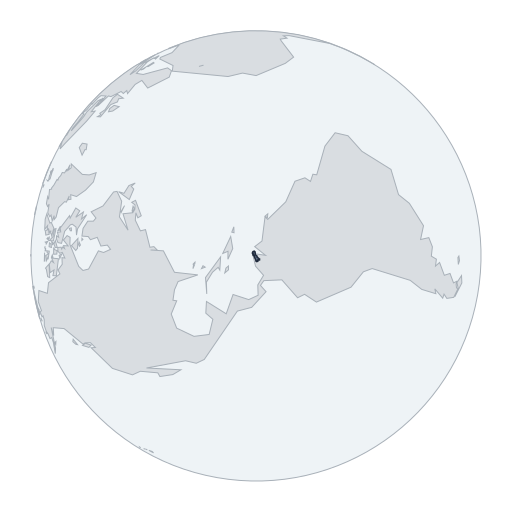 La Guajira on an orthographic globe, rotated 280°
{"feature_id": "COL-1318", "entity_name": "La Guajira", "entity_type": "Department", "adm_level": 1, "iso_a3": "COL", "parent_name": "Colombia", "parent_adm1": "", "projection": "orthographic", "projection_center": [-72.284, 11.434], "detail": "fine", "context": "on_globe", "style": "filled", "palette": "slate", "viewbox_px": 512, "rotation_deg": 280, "n_neighbors": 0, "source": "natural_earth", "source_scale": "10m", "svg_char_len": 9942}
<svg xmlns="http://www.w3.org/2000/svg" viewBox="0 0 512 512"><g transform="rotate(280 256 256)"><circle cx="256" cy="256" r="225" fill="#eef3f6" stroke="#a8b0b8"/><path d="M233.1,268.0L227.8,265.5L222.6,272.1L204.7,260.7L198.5,247.2L145.1,223.0L140.0,215.8L140.6,204.8L126.7,167.6L130.9,201.8L124.8,194.7L120.6,182.3L123.9,179.6L122.4,162.1L117.5,155.0L120.4,134.1L137.0,109.6L138.0,113.7L141.9,108.0L140.8,102.8L139.2,100.9L151.2,79.6L150.2,68.8L142.5,70.6L150.0,66.7L130.3,74.6L125.0,75.3L135.6,71.5L140.2,69.0L138.9,67.5L143.3,64.7L145.3,62.6L150.7,59.6L156.5,58.5L160.1,56.7L158.9,55.9L163.7,52.9L164.8,54.3L173.2,49.5L184.3,48.2L183.0,57.0L193.7,56.3L204.3,66.0L207.9,63.5L214.2,66.6L220.7,65.2L220.8,68.1L225.9,64.6L224.6,62.3L226.3,60.1L230.0,59.3L230.8,62.5L229.1,63.5L231.3,64.0L230.1,66.2L232.8,64.6L233.3,69.2L238.3,63.6L243.3,66.4L242.1,69.7L235.1,70.7L215.0,83.2L211.7,88.1L214.1,93.4L233.7,99.9L233.0,105.3L237.3,111.6L240.9,107.7L238.9,101.5L246.8,96.4L243.3,90.1L246.0,87.4L245.4,81.1L253.2,80.9L261.1,84.3L262.1,89.8L265.6,91.8L270.9,86.0L278.7,96.6L294.3,104.6L295.5,107.9L286.6,114.2L270.8,114.7L259.2,125.5L274.5,117.7L277.2,127.1L280.9,128.6L285.3,128.0L287.3,124.3L289.9,127.7L275.7,136.0L273.1,133.0L277.7,130.2L270.3,130.9L260.7,137.8L262.8,142.6L246.2,150.0L247.5,153.8L244.6,157.9L243.6,151.1L245.0,163.9L225.8,178.5L227.3,202.0L217.3,183.7L208.6,181.6L198.0,181.9L198.1,185.7L184.1,182.6L171.2,190.4L166.1,208.9L170.6,223.5L186.2,224.5L191.0,216.5L202.6,215.1L193.9,236.7L214.1,240.1L211.8,256.4L217.7,264.9L227.8,262.8L238.3,266.8L245.9,257.3L258.0,252.1L258.3,265.3L265.0,253.1L271.8,259.3L296.0,258.1L294.1,261.2L314.5,275.9L336.4,281.4L341.5,290.6L338.9,296.7L346.4,297.8L346.5,301.7L376.2,304.8L391.1,312.5L390.4,325.7L377.5,342.1L364.7,373.9L341.2,385.7L334.5,397.9L314.9,415.7L300.8,415.2L304.1,423.0L295.7,428.1L286.3,428.7L284.2,434.2L277.2,434.5L281.5,437.9L269.7,444.8L272.5,450.1L263.8,455.2L265.9,458.0L262.8,458.0L259.4,459.0L259.0,460.6L249.6,457.9L247.4,451.3L251.1,447.8L246.9,447.2L254.7,437.8L250.1,439.7L251.9,425.0L258.8,412.1L263.8,372.6L259.1,364.5L241.8,355.0L221.1,323.5L226.7,310.5L222.1,304.2L237.0,285.6L233.1,268.0ZM44.3,189.3L46.0,184.2L45.5,187.7L44.3,189.3ZM46.7,180.9L46.2,182.7L46.6,181.2L46.7,180.9ZM46.8,179.7L46.7,180.6L46.6,180.1L46.8,179.7ZM46.7,178.8L46.8,179.1L46.7,179.2L46.7,178.8ZM226.0,210.0L249.0,221.3L235.8,222.8L238.3,220.7L232.5,216.0L221.6,211.7L210.1,214.1L226.0,210.0ZM47.2,175.7L47.4,174.8L47.7,174.6L47.2,175.7ZM236.6,197.0L232.6,196.1L236.5,196.0L236.6,197.0ZM137.8,100.7L140.4,103.1L139.6,109.1L137.0,107.3L137.8,100.7ZM139.8,90.5L142.3,90.4L137.7,95.7L137.7,94.1L139.8,90.5ZM135.9,73.0L137.1,73.8L134.4,74.1L135.9,73.0ZM144.6,62.9L142.8,63.7L144.5,62.4L144.6,62.9ZM241.1,81.8L243.2,81.5L242.3,82.7L241.1,81.8ZM238.9,79.5L236.3,81.2L234.9,80.4L236.5,79.4L238.9,79.5ZM154.5,56.7L157.8,54.7L155.4,56.5L154.5,56.7ZM242.4,77.6L232.6,78.9L230.1,77.5L234.2,72.5L242.4,77.6ZM160.4,53.3L168.5,49.0L165.2,50.2L179.0,45.0L167.6,50.0L165.1,51.9L163.8,51.9L160.4,53.3ZM222.5,62.0L224.1,64.3L219.4,63.2L222.5,62.0ZM219.0,61.9L201.9,62.8L201.4,59.4L207.2,59.5L203.8,56.1L212.0,53.9L215.7,55.2L214.4,57.8L218.5,55.1L219.0,61.9ZM185.3,43.2L188.1,42.3L186.2,43.1L185.3,43.2ZM226.7,59.2L223.3,59.5L222.6,56.4L229.3,55.3L227.3,56.6L226.7,59.2ZM198.9,56.6L199.5,54.4L206.4,51.9L207.5,50.8L212.1,53.6L198.9,56.6ZM229.4,56.9L232.7,54.9L236.4,55.7L230.0,58.7L229.4,56.9ZM219.5,56.2L219.5,54.8L221.7,55.2L219.5,56.2ZM251.4,58.2L247.3,58.2L246.6,56.5L251.4,58.2ZM233.7,54.1L232.4,53.9L231.7,53.4L234.6,52.3L233.7,54.1ZM216.6,51.8L219.3,51.4L215.1,50.5L220.0,48.9L222.2,51.2L223.3,49.6L224.8,49.1L224.9,51.6L216.6,51.8ZM235.3,49.7L239.7,52.7L247.5,52.9L248.3,54.3L235.7,53.8L235.3,49.7ZM229.2,50.6L233.1,50.3L232.2,51.9L228.9,53.1L229.2,50.6ZM222.6,47.2L214.4,49.0L214.2,48.4L222.6,47.2ZM237.7,49.4L236.6,48.7L238.4,49.2L237.7,49.4ZM227.4,47.4L224.6,48.0L224.4,47.4L227.4,47.4ZM236.7,47.1L238.1,47.9L235.9,48.7L236.7,47.1ZM232.6,46.9L233.1,46.0L234.3,48.4L231.4,47.3L232.6,46.9ZM227.8,46.7L226.7,46.5L229.0,46.6L227.8,46.7ZM244.2,44.1L246.2,47.0L241.4,48.5L240.1,45.4L244.2,44.1ZM265.2,463.4L250.4,458.9L258.7,461.0L264.7,458.5L272.4,461.8L265.2,463.4ZM282.8,456.7L289.6,455.1L291.2,455.8L286.8,457.2L282.8,456.7ZM430.9,114.0L428.0,110.6L426.2,108.4L430.9,114.0ZM412.7,94.2L419.4,100.9L420.9,102.5L423.5,105.4L427.3,110.4L433.3,117.2L436.7,121.9L427.9,112.3L424.1,108.0L412.7,100.4L417.2,105.2L428.1,113.1L427.4,113.3L433.5,121.1L428.3,115.3L415.1,106.5L415.2,113.4L425.9,136.3L423.8,140.6L417.1,139.5L402.6,120.2L409.1,113.1L404.0,107.2L393.6,101.3L396.5,100.0L393.0,97.1L394.6,94.6L387.8,85.5L388.0,82.9L376.8,74.4L375.3,72.3L382.4,77.6L387.5,80.4L387.0,75.5L384.4,73.1L377.1,68.3L377.8,68.0L370.8,64.1L366.3,60.3L366.0,62.0L357.4,57.6L350.0,53.2L347.1,52.3L359.2,59.7L364.0,62.5L368.3,64.2L381.6,73.5L383.6,76.4L369.5,68.7L370.8,72.4L359.3,65.7L333.7,48.4L327.4,44.4L335.3,45.3L341.7,47.9L342.1,48.6L349.7,51.3L345.3,49.4L345.9,49.5L337.9,46.2L338.0,46.2L330.1,43.4L329.3,43.0L333.0,44.3L347.6,50.2L361.8,57.1L375.5,65.0L388.6,73.9L401.0,83.6L412.7,94.2ZM187.8,41.3L183.8,42.6L184.0,42.6L187.8,41.4L179.0,45.0L165.2,50.2L165.4,49.9L156.7,53.9L157.8,53.3L172.5,46.8L187.8,41.3ZM465.1,339.7L470.6,323.9L475.8,305.2L478.1,292.3L478.5,267.2L478.8,250.3L477.6,244.8L475.9,248.7L473.8,242.2L472.3,243.4L458.4,258.5L450.8,251.4L433.7,224.8L433.8,211.0L427.9,197.3L423.5,141.5L429.2,141.2L433.3,127.1L435.0,127.5L441.7,138.0L450.5,143.8L444.8,133.7L445.5,134.2L453.9,148.4L461.3,163.2L467.5,178.5L472.6,194.1L476.6,210.2L479.3,226.4L480.9,242.8L481.3,259.3L480.4,275.8L478.4,292.1L475.1,308.3L470.7,324.2L465.1,339.7ZM432.8,166.9L434.7,171.0L434.8,171.1L432.8,166.9ZM296.7,257.9L299.6,260.3L295.8,260.6L296.7,257.9ZM233.9,228.2L238.8,228.5L241.4,230.6L237.6,231.3L233.9,228.2ZM275.3,228.0L280.9,229.1L275.1,230.3L275.3,228.0ZM252.7,222.8L270.8,227.7L259.3,231.8L247.9,228.9L255.8,227.6L252.7,222.8ZM234.1,204.5L237.2,205.5L236.2,207.9L234.1,204.5ZM239.4,197.0L238.2,197.2L236.7,195.2L239.4,197.0ZM278.0,126.6L279.2,126.1L283.7,126.3L281.6,127.9L278.0,126.6ZM303.3,118.6L306.9,124.4L302.9,121.1L300.7,124.0L289.6,121.4L295.5,109.5L294.8,115.1L303.3,118.6ZM276.4,115.4L282.8,117.8L275.6,115.7L276.4,115.4ZM372.4,85.7L375.9,86.4L379.7,90.1L379.3,95.3L373.9,89.7L372.4,85.7ZM379.9,86.7L366.0,78.6L365.7,75.7L368.2,78.6L369.4,77.4L373.8,81.9L387.1,87.7L391.2,91.5L388.4,97.9L387.0,93.4L383.7,92.8L379.9,86.7ZM331.1,69.1L325.1,67.2L332.1,63.1L336.9,65.4L336.9,70.2L331.2,70.3L331.1,69.1ZM251.6,69.2L248.8,69.9L248.6,68.8L250.8,67.3L251.6,69.2ZM249.5,58.3L263.4,65.4L261.0,66.4L272.0,70.2L269.9,74.6L262.8,71.8L269.4,78.4L262.1,77.7L267.3,82.1L251.7,75.5L245.4,75.6L253.3,73.7L255.4,69.6L254.5,67.8L247.1,63.3L234.7,62.3L234.8,58.7L238.3,56.4L241.3,56.1L240.2,58.4L245.0,56.3L245.8,59.5L249.5,58.3ZM278.3,40.5L275.8,41.9L285.6,41.1L286.4,43.1L287.5,42.9L290.9,44.7L296.9,46.8L296.3,47.7L298.9,48.2L301.2,49.7L304.6,50.7L304.6,53.0L308.8,54.6L306.4,54.8L313.6,57.0L308.2,56.4L310.8,58.7L314.6,58.1L306.2,70.8L306.9,77.7L310.3,84.1L300.7,83.0L291.3,76.7L283.4,68.9L284.2,62.9L279.7,63.9L278.8,61.4L282.7,61.6L276.1,59.9L276.3,58.1L269.3,53.1L259.6,52.4L256.8,50.9L260.7,50.2L255.2,49.2L260.7,47.1L258.9,46.1L262.5,43.4L271.2,43.3L268.5,42.2L271.1,40.5L278.3,40.5ZM245.5,43.3L255.7,42.0L261.2,42.7L252.6,47.3L253.6,48.5L248.3,52.1L240.4,51.3L242.7,50.2L243.0,49.1L245.3,49.8L243.7,48.4L246.8,47.0L246.4,45.7L249.8,45.5L245.5,43.3ZM432.5,122.8L433.0,122.4L432.8,120.7L436.6,125.9L432.5,122.8ZM423.8,116.9L423.6,115.5L428.9,121.4L428.4,122.1L423.8,116.9ZM419.0,110.1L423.2,115.0L420.6,112.8L419.0,110.1ZM381.8,76.4L381.1,75.0L382.8,76.0L385.2,78.1L381.8,76.4ZM307.4,41.1L305.1,41.2L303.8,40.7L296.1,39.8L294.9,38.6L299.1,38.7L307.4,41.1ZM438.6,124.0L439.0,124.8L437.9,123.4L438.5,123.9L438.6,124.0ZM304.8,39.7L301.8,39.3L303.0,39.0L304.8,39.7ZM293.6,37.8L294.3,37.2L293.9,38.4L293.6,37.8ZM313.5,38.2L313.8,38.3L301.8,35.6L290.1,33.3L302.1,35.5L310.0,37.3L310.8,37.5L313.5,38.2ZM261.7,30.8L260.1,30.8L257.8,30.7L261.7,30.8ZM263.6,30.9L266.8,31.1L263.0,31.1L261.2,30.8L263.6,30.9ZM286.3,34.1L289.9,34.7L288.8,34.8L286.3,34.1ZM187.0,42.4L188.0,42.3L185.5,43.0L187.0,42.4ZM218.7,33.8L216.4,34.2L218.7,33.8Z" fill="#d9dde1" stroke="#a8b0b8" stroke-width="1"/><path d="M259.7,254.4L259.4,254.5L259.2,254.6L258.9,254.7L258.7,254.7L258.4,254.8L258.2,254.8L257.8,255.0L257.5,255.0L257.3,255.1L257.2,255.1L257.1,255.3L256.9,255.5L256.8,255.8L256.7,256.0L256.5,256.4L256.3,256.6L256.2,256.8L256.1,257.0L255.9,257.1L255.7,257.1L255.3,257.2L255.2,257.2L255.2,257.3L255.0,257.5L254.9,257.9L254.8,258.0L254.7,258.0L254.5,258.3L254.4,258.4L254.2,259.0L253.8,259.4L253.8,259.6L253.7,259.7L253.6,259.8L253.6,260.0L253.3,260.0L253.2,260.1L252.9,260.0L252.7,260.1L252.6,259.9L252.6,259.7L252.8,259.4L252.9,259.2L252.6,258.9L252.4,258.8L252.3,258.7L252.2,258.7L252.3,258.6L252.3,258.4L252.2,258.4L251.9,258.3L251.7,258.2L250.9,258.3L250.8,258.0L250.8,257.8L250.7,257.7L250.8,257.6L250.8,257.3L250.8,257.2L251.0,257.0L251.0,256.9L251.1,256.7L251.7,256.6L252.1,256.5L252.3,256.4L252.5,256.2L252.8,256.0L253.0,255.8L253.5,255.5L254.2,255.0L254.2,254.9L254.4,254.9L254.6,254.8L254.8,254.7L255.0,254.7L255.4,254.6L255.5,254.5L255.7,254.4L255.9,254.3L256.1,254.2L256.3,253.9L256.4,253.7L256.5,253.4L256.5,253.1L256.5,252.9L256.4,252.9L256.5,252.8L257.1,252.7L257.2,252.8L257.0,253.0L257.3,253.1L257.5,253.0L257.6,252.9L257.5,252.7L257.4,252.7L257.2,252.7L257.4,252.5L257.6,252.4L257.8,252.3L257.7,252.4L257.7,252.5L257.8,252.5L257.9,252.4L258.0,252.4L258.1,252.2L258.2,252.3L258.3,252.3L258.3,252.2L258.5,252.1L258.4,252.1L258.2,252.0L258.3,251.9L258.5,252.0L258.9,252.0L259.0,252.0L259.3,252.2L259.5,252.2L259.5,252.3L259.8,252.4L260.0,252.5L260.3,253.1L260.5,253.4L260.5,253.5L260.4,253.7L260.3,253.8L260.0,253.9L260.0,254.0L259.9,254.0L259.7,254.3L259.7,254.4Z" fill="#64748b" stroke="#1e293b" stroke-width="1.5"/></g></svg>